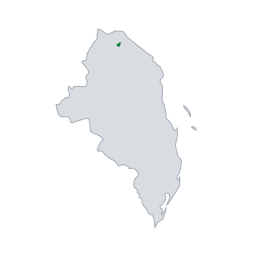 Veracruz, Copán, Honduras shown in context, rotated 80°
{"feature_id": "27666195B16497975413079", "entity_name": "Veracruz", "entity_type": "district", "adm_level": 2, "iso_a3": "HND", "parent_name": "Honduras", "parent_adm1": "Copán", "projection": "robinson", "projection_center": [-88.814, 14.889], "detail": "fine", "context": "in_parent", "style": "filled", "palette": "green", "viewbox_px": 256, "rotation_deg": 80, "n_neighbors": 0, "source": "geoboundaries", "source_scale": "gbopen_adm2", "svg_char_len": 2821}
<svg xmlns="http://www.w3.org/2000/svg" viewBox="0 0 256 256"><g transform="rotate(80 128 128)"><path d="M230.6,118.7L222.1,118.1L218.1,119.3L216.3,121.9L214.8,123.1L213.5,122.8L211.0,123.9L207.2,126.2L203.7,127.1L200.6,126.5L199.7,127.1L199.5,127.8L199.0,128.6L197.8,129.0L196.4,128.8L194.9,128.0L194.1,128.3L194.0,129.8L193.1,130.2L191.5,129.5L189.8,130.1L187.8,131.9L185.0,132.3L181.4,131.2L178.6,129.3L176.7,126.3L174.3,125.6L170.2,127.8L168.5,130.3L168.1,131.9L168.5,133.3L167.8,134.2L165.8,134.7L164.4,136.4L163.4,139.3L163.2,141.6L163.8,143.2L162.9,144.4L160.4,145.2L157.4,147.8L154.0,152.1L150.6,155.2L147.2,156.9L145.6,158.8L145.7,160.9L145.5,161.6L144.9,161.8L143.8,162.1L137.2,157.5L135.4,154.3L133.7,154.8L131.7,156.4L128.8,160.0L125.7,164.9L124.2,165.5L116.5,164.7L112.4,165.2L111.6,165.8L111.2,167.6L111.5,170.0L112.6,178.6L113.2,182.2L112.6,183.3L110.5,183.5L107.8,184.0L106.4,185.6L106.0,187.3L105.9,189.6L105.0,192.0L103.4,193.7L101.7,194.4L92.5,194.8L92.6,190.8L90.0,189.2L88.5,185.9L87.1,183.6L87.6,182.3L87.4,180.7L83.7,179.5L80.2,180.4L78.2,179.8L76.7,178.9L79.2,177.0L79.4,175.8L78.6,174.9L77.7,174.3L78.0,172.1L78.5,169.5L79.9,163.3L79.4,162.2L77.1,160.4L74.1,160.2L70.8,160.8L69.2,159.8L67.8,157.7L65.5,156.7L61.4,158.4L57.0,160.9L55.6,161.9L54.5,161.7L54.0,159.8L53.8,157.6L53.5,157.0L51.2,156.2L48.5,155.6L47.1,155.0L45.8,153.5L42.5,151.5L41.8,150.0L37.4,146.7L36.5,145.0L35.5,143.8L33.4,142.2L31.8,142.6L26.2,140.7L25.4,140.5L26.2,138.8L27.9,136.2L31.7,133.3L32.0,130.9L31.0,126.4L30.1,123.5L30.6,122.2L31.8,116.9L32.7,115.7L38.2,113.0L38.7,112.7L43.0,108.9L47.8,104.8L52.8,100.2L58.4,95.1L61.5,92.1L62.9,90.9L66.1,91.9L68.6,89.5L70.1,88.7L73.5,85.8L74.6,85.2L80.3,84.0L83.0,84.0L85.5,86.9L87.4,88.5L91.0,87.2L94.0,86.9L106.5,89.6L111.5,88.4L120.6,88.1L124.7,88.8L130.5,85.0L134.2,84.2L138.6,82.4L138.0,80.5L136.9,79.7L143.6,80.5L153.5,84.4L164.1,83.7L167.9,81.6L170.3,81.0L181.2,85.0L184.1,88.1L186.3,88.4L188.0,87.7L188.5,87.1L186.3,86.4L185.4,85.4L193.9,87.3L210.0,101.9L210.4,103.1L203.5,98.8L199.9,99.1L198.9,99.8L199.2,102.2L199.5,103.3L201.1,103.4L202.2,102.8L205.0,103.5L206.9,105.1L209.2,107.5L210.6,110.1L212.1,110.1L213.5,108.6L216.2,108.4L218.0,110.1L219.3,110.0L217.5,107.3L213.3,104.6L214.3,104.5L223.5,109.3L226.2,115.4L228.3,116.8L230.6,118.7ZM122.5,66.3L117.3,69.3L115.6,69.2L118.0,66.9L121.9,65.0L125.2,64.0L128.0,64.4L122.5,66.3ZM140.6,63.2L138.1,65.3L137.7,64.4L138.9,62.3L140.4,61.2L141.9,61.3L141.5,62.2L140.6,63.2Z" fill="#d9dde1" stroke="#a8b0b8" stroke-width="1"/><path d="M45.4,122.6L45.1,122.0L44.4,121.8L43.9,121.6L42.8,121.2L42.8,121.3L43.4,121.8L43.5,122.1L43.6,122.4L43.6,122.5L43.8,122.8L43.9,123.2L44.0,123.6L44.1,124.0L44.7,124.0L44.8,123.9L45.3,123.6L45.4,123.3L45.5,122.6L45.4,122.6L45.4,122.6Z" fill="#22c55e" stroke="#15803d" stroke-width="1.5"/></g></svg>